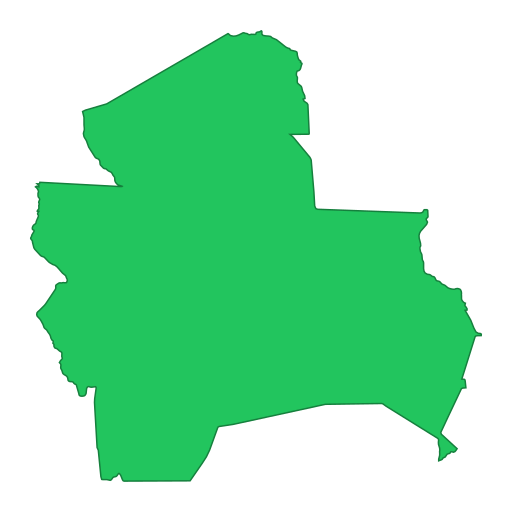 an SVG outline of Santa Cruz
{"feature_id": "BOL-1940", "entity_name": "Santa Cruz", "entity_type": "Department", "adm_level": 1, "iso_a3": "BOL", "parent_name": "Bolivia", "parent_adm1": "", "projection": "mercator", "projection_center": [-61.708, -16.97], "detail": "fine", "context": "isolated", "style": "filled", "palette": "green", "viewbox_px": 512, "rotation_deg": 0, "n_neighbors": 0, "source": "natural_earth", "source_scale": "10m", "svg_char_len": 5838}
<svg xmlns="http://www.w3.org/2000/svg" viewBox="0 0 512 512"><path d="M457.1,448.7L455.8,450.6L454.9,451.6L453.5,452.2L452.0,451.8L451.0,451.7L450.6,452.0L450.4,452.6L450.0,453.1L449.4,453.5L448.7,453.6L447.1,454.2L445.2,457.0L443.2,457.9L442.1,459.4L441.4,459.8L438.7,460.8L438.7,459.1L439.6,455.6L439.7,454.3L439.6,451.5L439.8,450.1L439.6,448.0L438.5,444.3L438.4,442.2L438.6,440.0L438.4,439.1L437.7,438.3L386.4,406.4L382.8,403.8L381.6,403.5L325.4,404.3L233.0,424.4L219.1,426.5L218.2,426.9L217.7,427.7L209.6,450.1L206.4,456.8L202.4,463.0L190.1,480.8L124.1,481.1L123.5,480.9L123.1,480.7L122.5,479.8L120.7,475.3L119.8,474.0L119.0,473.4L118.5,473.6L118.1,474.1L117.0,475.7L116.2,476.4L115.3,476.7L113.5,477.1L113.0,477.5L112.6,478.0L111.5,479.5L111.1,479.9L110.8,480.1L110.3,480.3L109.7,480.2L106.9,479.6L103.0,479.6L101.7,479.4L100.9,476.6L98.3,450.2L97.4,448.2L97.1,447.6L94.5,402.5L94.7,398.6L96.2,387.8L95.6,386.7L91.7,387.2L90.5,387.1L88.8,386.6L88.1,386.6L87.3,387.2L86.6,388.5L86.1,393.3L85.8,394.1L85.3,394.9L84.8,395.5L84.0,395.9L83.0,396.1L81.9,396.2L80.8,396.1L79.9,395.8L79.3,395.3L79.0,394.6L78.9,393.8L76.3,384.9L75.9,384.4L74.7,384.0L73.9,383.3L73.5,382.6L72.9,382.0L72.0,381.7L70.2,381.6L69.3,381.4L68.5,380.9L68.1,380.3L67.6,377.6L66.7,376.2L65.6,375.4L64.3,374.7L63.0,373.6L62.6,372.8L62.1,371.1L61.8,370.2L60.9,368.6L60.7,367.7L60.9,364.9L60.7,364.1L60.1,363.3L59.4,362.6L60.5,360.7L62.1,358.9L62.3,358.4L62.3,358.0L61.9,357.0L61.8,356.5L61.8,355.8L61.9,353.2L61.7,352.5L61.0,351.8L59.7,351.1L59.1,350.6L58.0,349.6L57.2,348.9L56.5,348.5L55.1,348.1L54.8,347.8L54.5,347.4L54.1,346.6L53.9,346.0L54.0,344.6L53.8,344.2L53.1,343.5L52.9,343.2L53.2,341.9L53.2,341.2L53.0,340.8L51.9,340.0L51.0,338.3L50.3,335.7L49.4,334.0L48.1,332.3L47.2,330.8L46.7,330.0L46.3,329.6L45.5,329.0L45.0,328.6L44.1,327.6L43.0,324.4L40.9,320.5L40.1,319.3L37.3,316.3L37.0,315.7L36.7,314.4L37.1,312.6L38.0,311.6L39.3,310.5L44.4,305.4L45.7,303.8L55.4,289.3L55.8,288.0L55.7,286.5L55.7,285.9L56.0,285.1L56.4,284.7L58.8,283.1L59.5,282.9L60.0,282.8L61.2,283.0L61.8,282.9L63.1,282.6L63.7,282.6L64.4,282.8L66.5,282.6L67.0,281.4L67.3,280.2L67.0,278.9L66.5,278.0L65.9,276.3L65.7,275.8L65.3,275.4L62.5,273.1L57.2,267.0L55.2,265.4L54.6,265.1L53.0,264.6L49.4,262.5L48.5,261.7L44.6,257.6L44.0,257.1L43.4,256.8L42.0,256.4L40.6,255.6L34.8,249.3L33.9,247.8L32.6,242.7L32.4,241.4L32.3,240.8L31.9,240.2L31.0,239.1L30.7,238.5L30.8,237.7L31.5,236.5L31.8,235.1L34.0,231.4L34.2,230.9L34.0,230.3L33.0,229.8L32.5,229.4L32.3,228.4L32.4,227.4L32.8,226.4L33.4,225.4L34.0,224.8L35.4,223.8L35.9,223.2L36.3,221.3L38.3,216.6L38.4,215.7L38.3,215.1L37.7,214.3L37.6,213.8L37.7,213.2L38.8,211.4L37.3,211.3L37.4,210.6L38.8,208.8L38.9,207.5L38.8,206.4L38.8,205.2L39.3,204.0L38.7,202.6L38.9,201.4L39.4,200.4L39.7,199.4L39.4,198.4L38.2,196.8L38.0,195.4L38.0,193.2L38.1,192.8L38.3,192.5L38.5,192.0L38.4,191.2L38.0,189.9L37.3,188.7L36.5,187.7L35.5,186.9L36.3,186.3L37.1,186.2L37.9,186.5L38.8,186.9L38.9,185.8L38.5,185.1L37.1,183.8L38.8,183.8L39.5,183.7L39.9,182.3L120.7,186.6L122.0,186.5L122.2,186.3L120.9,185.8L118.7,185.2L118.0,184.9L117.4,184.5L115.8,182.7L115.3,181.8L114.9,180.6L114.8,179.6L114.7,178.1L114.6,177.4L114.3,176.8L113.0,175.2L112.2,173.6L111.6,172.7L111.1,172.2L108.6,171.0L108.0,170.6L106.1,169.0L105.5,168.7L104.8,168.7L104.1,168.5L103.4,168.1L100.5,165.1L100.1,164.2L99.8,161.1L99.4,160.3L98.7,159.3L97.9,158.8L96.3,158.2L95.7,157.8L95.1,157.2L88.7,147.1L86.4,140.7L84.5,137.6L84.0,136.6L83.4,133.6L83.7,132.1L84.0,131.1L84.3,129.9L84.3,128.2L84.0,124.9L84.0,117.5L82.6,111.5L85.5,110.1L106.7,103.9L195.1,52.7L228.0,33.6L228.3,33.7L230.0,35.2L230.6,35.6L233.5,36.2L236.2,35.9L238.9,34.9L243.1,32.8L244.0,32.8L244.9,33.2L247.1,33.6L248.4,34.4L249.1,34.7L249.8,34.7L251.2,34.3L255.2,34.4L255.8,34.1L256.2,32.8L257.1,32.2L259.7,31.8L260.0,31.6L260.7,31.1L261.5,30.9L261.9,31.6L261.9,34.1L263.0,35.4L265.7,35.9L268.7,36.1L270.7,36.5L271.9,37.6L272.3,37.9L276.5,39.7L285.7,47.0L287.8,48.1L289.2,48.4L289.6,48.6L289.9,48.9L290.2,49.7L290.5,49.9L291.0,50.2L295.6,51.3L296.8,52.0L297.2,53.2L297.3,54.9L297.7,56.6L298.2,58.2L298.8,59.6L299.3,60.1L300.7,61.2L300.8,61.6L300.5,62.3L300.9,62.7L301.8,63.2L302.0,63.7L301.9,64.1L301.4,65.3L300.6,68.3L300.0,69.6L298.9,70.6L297.4,71.0L297.0,71.3L296.7,72.2L296.4,73.6L296.4,75.1L296.6,75.9L297.4,77.3L297.4,78.9L297.2,80.6L297.3,82.4L297.9,83.5L301.2,86.3L301.7,87.4L302.6,91.3L304.7,95.8L305.0,98.5L303.1,99.1L304.1,101.2L307.1,103.3L307.9,104.7L309.2,133.4L308.9,134.2L290.0,134.4L293.3,137.3L309.8,157.2L310.6,158.6L311.2,160.1L313.9,191.9L314.7,206.0L315.9,208.7L317.8,209.3L420.0,213.0L421.4,212.8L422.6,212.2L423.1,211.6L423.9,210.0L424.4,209.7L427.0,209.7L427.7,210.3L428.0,216.5L427.7,217.4L426.3,218.6L426.2,219.7L427.5,222.1L426.6,224.4L420.5,231.4L419.5,233.4L419.0,235.6L419.2,238.3L420.5,243.2L420.7,245.7L420.6,246.1L420.0,247.2L419.9,247.8L419.9,248.6L420.5,251.8L421.5,253.7L421.9,254.9L422.3,259.4L422.6,260.4L423.3,261.5L423.6,262.9L423.6,268.6L424.0,271.1L425.1,273.0L427.4,274.3L429.3,274.5L429.9,274.7L430.6,275.1L431.7,276.0L432.3,276.4L433.8,276.7L434.3,277.0L435.0,277.9L436.0,280.1L436.9,280.8L439.1,281.3L439.9,281.8L441.6,283.7L442.3,284.2L444.5,285.1L445.2,285.5L447.9,287.8L449.6,288.5L452.0,289.1L454.3,289.3L456.0,288.7L457.4,288.5L458.5,288.7L459.9,289.2L460.7,290.1L461.3,291.6L461.5,293.1L461.4,294.7L461.5,295.7L461.5,298.2L461.6,299.4L462.1,300.5L462.8,301.4L463.5,302.2L464.4,302.8L465.4,303.2L464.9,305.2L465.1,305.9L466.2,307.3L467.1,308.9L467.0,310.1L465.1,310.3L470.8,320.3L473.9,328.1L476.0,332.0L478.5,333.4L479.7,333.4L480.7,333.6L481.3,334.2L481.2,335.6L477.0,335.7L475.9,336.0L475.1,336.7L461.8,379.1L464.3,379.3L464.9,379.8L465.2,381.1L465.6,385.0L465.9,387.8L462.5,388.1L461.4,388.7L447.8,417.4L440.8,432.4L441.3,434.2L457.1,448.7Z" fill="#22c55e" stroke="#15803d" stroke-width="1.5"/></svg>